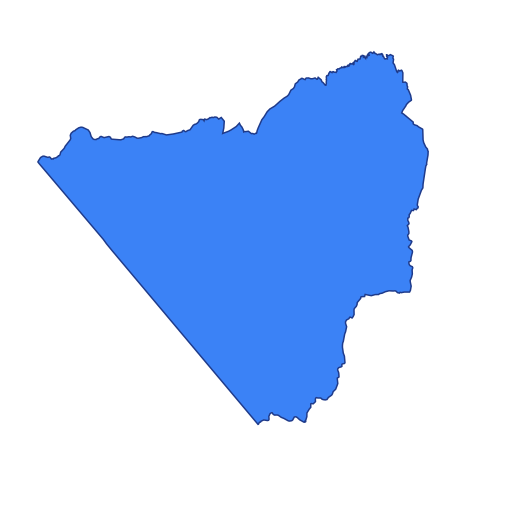 Mwingi North, Eastern, Kenya (Natural Earth projection), rotated 167°
{"feature_id": "3690345B80003743115065", "entity_name": "Mwingi North", "entity_type": "district", "adm_level": 2, "iso_a3": "KEN", "parent_name": "Kenya", "parent_adm1": "Eastern", "projection": "natural_earth1", "projection_center": [38.213, -0.407], "detail": "fine", "context": "isolated", "style": "filled", "palette": "blue", "viewbox_px": 512, "rotation_deg": 167, "n_neighbors": 0, "source": "geoboundaries", "source_scale": "gbopen_adm2", "svg_char_len": 6024}
<svg xmlns="http://www.w3.org/2000/svg" viewBox="0 0 512 512"><g transform="rotate(167 256 256)"><path d="M291.9,91.5L291.4,91.6L290.1,93.2L288.9,93.2L288.2,93.9L285.3,94.5L281.9,93.1L280.7,93.1L280.0,94.0L279.6,96.8L277.7,99.3L276.1,99.8L275.5,99.6L275.0,98.1L273.9,96.9L271.1,96.3L270.0,95.7L267.8,93.2L265.4,91.5L261.6,88.1L260.4,87.6L258.2,87.5L257.1,88.0L254.9,90.5L253.3,90.4L252.1,89.3L250.3,86.6L246.8,83.4L245.8,83.1L244.9,83.4L244.7,83.8L245.3,84.2L244.2,85.2L242.6,88.0L241.7,91.6L238.5,94.9L236.7,96.2L235.9,99.6L235.3,99.8L233.5,99.1L231.3,100.4L230.8,100.8L230.4,103.1L229.8,104.1L229.0,104.4L227.6,103.7L225.3,103.2L224.6,102.8L223.8,101.5L222.5,100.8L220.9,100.2L219.1,100.2L217.3,101.9L213.6,103.4L212.6,104.4L211.3,106.5L208.3,108.3L205.0,113.3L204.4,118.3L204.1,118.9L202.7,119.2L202.3,119.7L201.8,122.5L201.7,124.0L202.1,126.5L201.7,127.7L200.6,128.6L197.6,128.9L197.1,129.2L196.8,130.9L196.2,131.4L193.9,131.4L193.3,132.1L192.4,138.5L192.8,141.8L192.3,147.6L191.8,149.7L191.0,151.9L190.2,153.0L187.1,160.1L185.8,162.0L183.6,166.7L183.9,170.2L183.6,171.7L182.2,173.3L179.6,174.0L178.6,175.1L178.1,175.3L176.3,174.0L175.0,175.1L173.6,176.9L172.6,181.6L172.0,182.7L169.6,184.4L168.5,185.9L167.8,187.9L163.6,191.1L163.1,192.4L162.4,192.6L159.3,192.1L158.3,194.0L152.6,191.4L148.6,191.6L145.2,190.9L144.1,191.5L141.4,191.4L138.1,192.1L134.2,192.2L130.1,191.0L128.3,190.8L127.4,190.1L126.4,188.5L124.6,187.6L123.8,188.2L122.7,187.6L119.6,187.5L114.5,186.3L113.3,187.7L111.6,191.7L111.5,196.1L111.3,197.5L109.1,200.5L107.7,203.4L107.0,207.4L105.9,209.2L106.1,210.4L107.8,211.7L108.5,212.8L108.7,214.2L108.5,215.4L108.3,215.9L106.8,216.1L106.1,216.7L105.3,219.5L102.7,224.5L102.5,225.4L102.6,226.4L104.7,229.2L105.3,230.2L105.3,230.7L103.2,232.2L100.9,234.9L101.1,235.7L103.2,237.2L103.7,241.4L103.4,242.3L102.0,243.5L101.6,245.1L101.4,249.8L101.8,251.5L99.8,252.9L99.6,253.3L99.6,254.6L100.1,256.5L99.6,258.7L98.4,259.0L97.9,259.8L97.4,261.9L96.3,262.7L94.2,265.4L92.3,264.9L91.4,266.2L89.3,265.1L88.2,266.2L87.5,266.3L87.0,267.1L86.9,267.6L87.4,268.7L87.3,269.7L85.2,274.9L80.0,282.9L78.1,284.8L77.0,288.6L71.2,303.3L70.2,305.6L69.0,306.9L68.9,308.1L65.7,315.7L64.7,319.3L65.0,320.3L64.9,321.7L66.1,324.0L67.1,328.8L67.1,331.5L65.1,341.6L65.2,342.2L68.6,345.3L69.7,346.8L72.1,348.2L73.1,349.4L72.7,351.1L80.3,361.1L81.8,362.6L80.5,364.6L76.3,368.5L75.4,369.7L72.8,371.5L69.6,372.8L69.4,373.3L69.2,377.9L70.2,383.7L71.0,384.7L70.2,386.8L70.5,387.9L70.1,390.0L70.3,390.6L71.4,391.9L72.8,392.0L73.9,392.4L71.7,401.4L72.1,403.8L72.4,404.3L73.0,404.3L74.3,403.9L75.3,405.0L75.7,404.9L76.5,403.2L76.9,403.0L77.4,404.1L78.1,411.3L79.0,413.3L77.7,416.8L78.1,418.1L77.3,419.8L77.5,420.2L79.8,422.0L81.4,421.4L82.0,421.5L82.5,421.6L83.1,422.6L83.5,422.7L83.8,421.1L83.2,419.8L83.8,419.2L83.8,418.6L84.6,419.0L85.9,418.9L86.4,419.4L86.9,421.7L87.2,421.7L87.5,422.1L87.2,422.5L87.9,423.8L87.4,424.0L87.9,424.9L89.2,424.8L89.9,424.3L90.5,425.0L92.5,424.8L94.0,426.5L94.5,426.6L95.2,428.3L96.6,427.2L97.0,427.3L97.6,428.3L98.7,428.9L99.9,428.6L101.5,427.5L100.7,427.0L100.6,426.1L102.0,425.9L102.3,426.3L102.6,426.3L103.4,425.2L103.3,424.3L103.9,424.3L104.4,425.1L104.9,425.1L105.0,424.2L105.5,425.1L105.1,426.3L105.6,426.4L106.5,425.8L106.3,427.1L107.4,427.6L108.4,426.8L109.1,427.0L110.2,424.6L112.4,424.8L112.6,424.2L113.3,423.8L113.6,422.9L114.4,423.2L115.3,424.2L116.7,422.9L117.5,422.6L117.1,422.0L117.6,420.6L118.0,420.6L118.7,421.8L119.7,421.6L120.9,422.4L121.7,421.8L121.6,421.4L123.2,421.1L122.6,420.3L123.1,420.1L123.9,420.9L124.3,420.2L124.7,420.0L125.6,420.4L126.7,420.2L127.4,420.8L127.8,420.5L127.4,419.8L127.8,419.8L129.1,420.3L129.6,420.2L129.7,420.7L130.0,420.9L130.5,420.3L132.0,420.1L132.9,419.6L134.1,420.0L134.6,419.6L135.6,419.4L135.4,418.1L136.7,416.8L137.4,417.3L138.7,417.5L139.0,418.1L139.5,418.3L140.4,418.0L140.6,417.6L141.0,417.8L141.9,418.9L142.5,419.0L142.7,418.5L143.8,417.8L145.1,415.7L146.4,415.8L147.2,414.8L147.5,412.7L147.9,412.0L147.7,411.6L148.5,409.5L148.5,408.7L149.5,406.7L150.1,406.9L151.6,409.8L152.6,411.0L152.9,413.1L155.2,416.1L156.4,414.5L156.9,414.5L158.4,416.2L160.7,416.0L162.6,416.3L164.6,417.6L166.8,418.1L167.3,418.0L168.5,416.8L171.2,418.8L172.0,418.8L172.4,418.4L174.5,417.9L176.3,416.1L179.0,414.9L180.5,412.1L181.9,410.8L184.7,409.7L187.9,405.8L189.6,404.7L193.2,403.5L197.7,401.4L204.2,397.8L209.3,396.2L212.6,394.1L216.7,389.9L219.7,387.4L224.9,380.5L226.6,378.0L227.7,375.7L228.0,375.4L228.6,375.7L229.9,375.2L230.4,375.2L231.6,376.1L233.0,376.3L235.4,379.3L238.2,379.5L239.1,379.9L240.0,379.6L240.1,382.2L240.8,385.0L241.8,386.9L242.3,389.2L246.1,386.6L252.1,384.4L254.7,383.7L260.9,382.9L258.6,387.9L256.6,394.5L258.7,398.8L261.5,397.8L263.0,400.0L264.8,400.7L266.7,400.5L267.6,401.1L269.3,400.9L269.7,401.2L271.6,400.3L273.3,400.0L274.3,400.3L275.0,401.0L275.4,400.9L276.2,399.4L276.7,400.7L279.1,401.6L280.2,401.6L280.7,401.3L281.5,399.9L283.2,398.7L285.1,398.0L286.0,398.1L287.8,397.5L291.9,393.8L294.4,393.6L296.4,392.9L297.2,393.3L298.2,394.6L299.6,394.3L300.2,393.5L300.6,393.4L309.1,393.5L316.0,394.1L320.1,396.5L321.3,396.6L325.9,398.9L326.8,399.1L328.4,400.4L329.1,400.5L330.5,398.7L332.2,397.9L332.9,397.2L335.6,396.9L338.9,397.6L340.7,397.1L344.2,397.2L345.4,397.6L347.1,399.1L349.2,400.4L351.4,400.2L353.0,400.8L355.0,400.9L356.5,401.4L357.3,401.2L358.6,399.9L361.7,399.6L370.3,402.3L370.9,403.0L371.1,404.4L372.4,405.5L377.4,405.5L380.1,407.4L381.5,407.0L382.7,405.9L384.5,405.9L385.4,405.4L387.6,406.0L388.5,406.8L389.7,409.4L390.0,413.6L391.1,416.5L395.9,420.3L397.5,420.9L399.8,420.8L403.1,419.6L404.3,418.8L405.8,418.7L408.5,417.2L409.8,415.4L410.1,412.1L411.0,410.9L417.2,405.9L418.7,404.0L422.9,401.2L424.2,398.7L425.4,398.0L426.0,398.1L426.6,397.5L428.8,396.7L431.3,396.7L431.6,396.2L432.7,396.5L433.1,396.4L433.5,396.5L434.4,398.4L435.1,399.0L436.6,398.9L440.1,401.0L441.3,401.2L443.8,400.4L447.2,397.0L447.3,396.5L446.2,394.2L401.1,306.7L399.0,301.7L394.8,293.2L291.9,91.5Z" fill="#3b82f6" stroke="#1e3a8a" stroke-width="1.5"/></g></svg>